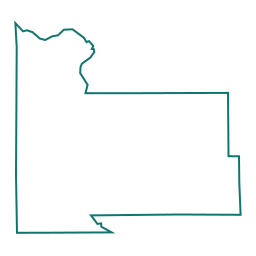 the district of Morrison, Minnesota, United States of America
{"feature_id": "52423323B29822013107164", "entity_name": "Morrison", "entity_type": "district", "adm_level": 2, "iso_a3": "USA", "parent_name": "United States of America", "parent_adm1": "Minnesota", "projection": "albers", "projection_center": [-94.357, 46.061], "detail": "fine", "context": "isolated", "style": "outline", "palette": "teal", "viewbox_px": 256, "rotation_deg": 0, "n_neighbors": 0, "source": "geoboundaries", "source_scale": "gbopen_adm2", "svg_char_len": 562}
<svg xmlns="http://www.w3.org/2000/svg" viewBox="0 0 256 256"><path d="M17.0,232.8L50.2,232.7L111.6,232.4L101.4,226.8L101.1,223.4L97.4,223.9L91.0,215.4L178.0,214.5L240.6,214.8L239.3,182.9L239.0,156.3L228.5,156.2L228.0,92.9L132.5,93.2L85.5,93.2L87.6,84.8L80.2,73.2L80.5,67.1L81.9,63.7L90.4,57.5L94.3,52.0L93.8,49.2L91.8,49.0L93.3,46.0L89.0,41.1L86.5,42.1L83.9,37.7L72.5,29.3L63.9,29.7L58.0,35.3L52.0,36.4L45.2,40.0L39.8,38.5L32.4,32.1L26.9,30.3L23.0,31.3L15.4,23.2L16.7,47.4L16.2,142.9L16.0,174.8L17.0,232.8Z" fill="none" stroke="#0f766e" stroke-width="2"/></svg>